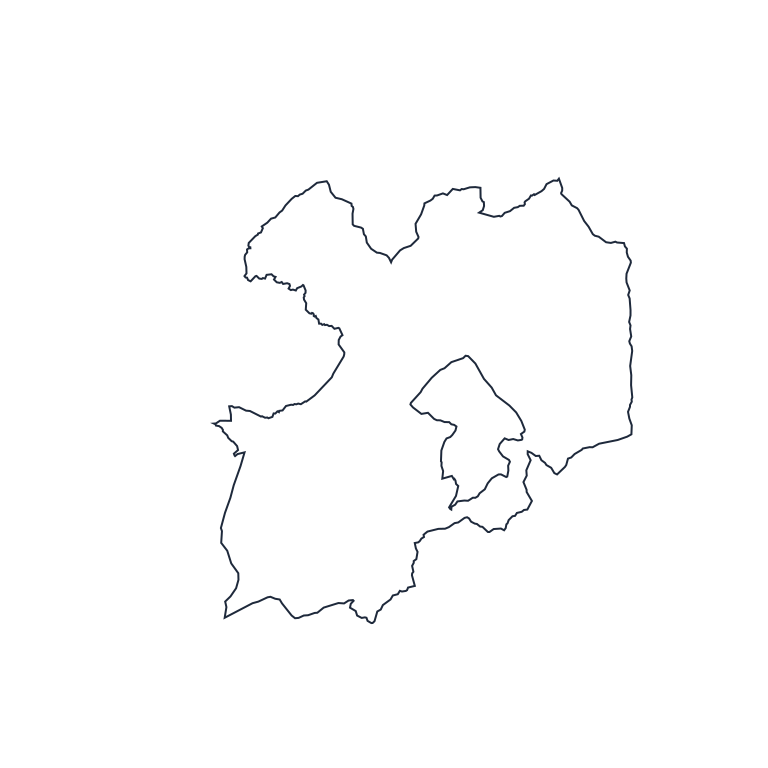 Mufindi, Iringa, United Republic of Tanzania, rotated 139°
{"feature_id": "72390352B52349151211707", "entity_name": "Mufindi", "entity_type": "district", "adm_level": 2, "iso_a3": "TZA", "parent_name": "United Republic of Tanzania", "parent_adm1": "Iringa", "projection": "orthographic", "projection_center": [35.243, -8.57], "detail": "fine", "context": "isolated", "style": "outline", "palette": "slate", "viewbox_px": 768, "rotation_deg": 139, "n_neighbors": 0, "source": "geoboundaries", "source_scale": "gbopen_adm2", "svg_char_len": 6167}
<svg xmlns="http://www.w3.org/2000/svg" viewBox="0 0 768 768"><g transform="rotate(139 384 384)"><path d="M230.3,183.7L224.1,190.3L221.5,197.0L218.1,202.9L213.3,205.4L212.1,206.8L208.6,208.1L207.4,209.9L205.4,211.0L198.3,221.0L191.6,228.4L186.4,236.1L175.0,246.1L172.4,250.0L171.9,253.2L170.8,255.4L166.2,257.7L162.2,264.1L159.5,266.5L158.3,270.0L153.0,274.0L149.5,278.0L142.5,287.4L141.3,291.0L137.2,293.4L134.3,301.5L132.0,304.6L128.6,308.1L118.1,313.6L116.9,315.3L116.4,320.0L114.5,324.0L111.9,326.8L111.9,329.8L110.4,332.9L115.3,337.9L116.0,339.6L120.2,341.6L123.4,345.3L125.3,354.3L127.6,357.6L128.1,360.1L126.4,368.5L126.0,375.7L122.9,387.8L122.9,390.0L125.1,395.6L124.3,399.8L125.5,410.9L125.1,411.9L122.7,413.0L120.9,415.0L117.3,424.2L119.9,423.7L122.6,426.4L130.2,428.2L135.2,426.2L138.6,426.2L146.3,427.8L146.3,428.8L148.8,429.1L149.4,429.9L153.0,428.7L157.5,429.2L158.7,428.9L159.7,427.3L161.6,426.9L164.6,429.4L167.0,429.7L170.2,431.6L175.5,431.8L180.6,434.0L184.8,433.4L186.3,434.1L186.7,435.3L191.4,438.1L199.8,450.9L195.4,450.4L191.7,452.7L189.3,455.8L189.9,457.2L188.9,461.2L182.5,468.8L185.9,472.7L190.2,476.1L196.1,478.7L197.5,480.2L199.6,480.3L204.1,486.1L212.4,485.2L214.5,489.2L220.3,491.5L222.2,493.0L225.7,491.8L228.6,492.0L235.0,493.8L236.5,492.3L244.7,487.7L255.1,484.2L259.8,477.8L261.5,472.3L262.7,471.4L273.2,470.8L279.9,473.6L284.2,474.3L296.3,472.5L298.8,471.2L297.5,476.0L297.6,479.4L301.1,485.6L303.2,487.8L305.0,494.5L304.2,502.0L300.9,507.3L300.9,510.2L298.1,515.0L298.7,517.1L302.8,523.0L302.9,525.0L296.0,533.2L292.2,536.2L291.3,538.0L291.6,539.6L290.2,541.5L294.6,551.1L298.4,556.4L298.1,564.0L294.8,570.5L294.2,574.6L302.6,579.8L313.5,580.3L316.1,581.3L320.6,581.0L323.3,582.2L325.7,582.2L327.6,584.1L332.2,584.3L341.2,583.4L347.1,581.7L350.3,582.0L356.8,581.0L360.8,582.9L366.2,582.3L372.9,583.1L373.2,581.1L377.4,579.1L380.3,580.2L381.2,579.5L384.1,580.0L393.5,579.2L395.6,577.4L395.9,575.7L395.2,574.9L395.8,574.1L397.2,575.2L399.1,575.4L400.9,573.1L404.0,572.6L405.5,571.6L407.3,569.7L411.1,562.7L415.2,557.7L418.5,557.0L418.6,555.2L417.6,554.1L418.4,551.6L417.3,549.0L410.3,549.7L409.3,549.2L409.0,545.4L407.3,543.5L405.9,543.4L404.6,541.6L401.0,543.4L396.9,540.6L396.7,537.8L395.6,536.0L398.5,535.0L398.2,531.1L396.3,528.7L394.3,528.1L394.5,525.7L391.0,523.6L389.8,521.5L390.6,519.7L393.4,518.6L392.7,516.0L390.8,515.0L389.2,512.4L386.7,513.3L382.3,511.8L380.2,511.9L380.0,511.3L381.8,506.0L383.4,504.3L385.7,503.9L386.3,502.4L387.8,502.0L389.0,500.1L389.7,496.0L394.3,491.4L393.9,486.3L392.7,484.7L391.7,484.9L391.2,484.1L391.3,482.7L392.4,481.4L392.1,480.4L390.9,480.1L391.7,478.1L391.2,475.7L393.4,472.1L391.9,470.8L391.8,469.1L389.9,468.4L389.9,467.2L388.2,466.1L387.4,463.7L385.4,462.2L385.2,458.2L381.6,456.3L381.2,455.3L383.3,448.1L385.7,448.3L389.3,446.9L392.3,443.6L393.2,433.9L394.4,432.6L396.4,431.2L415.4,425.1L419.0,423.3L443.8,420.9L454.2,421.7L454.9,422.6L460.0,423.3L461.6,425.5L463.5,426.2L464.7,427.6L466.3,427.8L467.7,429.3L472.4,431.7L477.9,430.6L480.7,432.5L481.8,431.7L482.4,433.3L485.4,433.0L486.6,434.2L489.8,432.4L493.7,434.0L494.0,435.2L495.9,436.6L497.2,439.7L498.2,440.1L502.9,451.6L505.6,454.4L508.6,461.6L512.4,464.3L513.3,467.1L515.5,468.7L519.6,461.4L523.6,456.6L531.9,463.9L536.7,464.5L538.3,465.7L537.6,464.1L538.1,462.9L536.1,460.4L535.3,457.4L535.7,455.0L536.7,454.0L536.0,448.1L536.9,445.6L536.5,440.8L535.6,439.4L535.6,433.5L537.5,429.9L543.0,429.9L543.7,428.0L543.7,427.3L540.5,427.2L534.1,423.9L546.1,416.2L563.8,406.2L574.6,398.9L588.5,391.1L601.6,382.3L602.8,379.3L611.1,370.9L611.7,361.0L617.0,348.8L618.1,336.8L622.3,331.7L629.6,326.9L639.2,324.4L646.6,324.0L649.3,319.0L657.6,312.1L627.0,304.8L621.6,302.2L611.8,299.4L609.3,297.9L607.0,293.3L604.1,289.8L604.9,285.4L605.6,269.9L604.8,265.6L601.9,263.5L596.4,261.9L593.0,259.3L586.5,256.7L584.4,255.1L576.2,254.8L562.1,248.6L558.1,244.6L552.7,243.8L549.2,241.3L549.2,240.3L553.3,239.9L556.4,237.5L554.3,231.2L556.2,226.9L554.3,222.1L551.5,220.4L550.6,219.1L551.8,216.0L550.4,211.9L549.4,211.1L546.8,211.2L538.3,216.7L534.4,215.9L529.9,217.9L520.4,217.1L516.1,218.6L511.5,216.3L507.7,217.5L506.6,215.6L503.3,213.5L501.8,213.3L499.4,214.6L493.2,211.4L488.4,221.3L487.0,222.6L485.0,223.0L482.1,228.3L478.9,229.5L477.7,230.9L474.5,230.6L468.8,235.3L467.8,239.0L465.1,243.8L462.0,242.0L460.0,242.0L457.2,242.8L454.2,242.3L453.0,244.3L448.0,244.1L438.0,239.0L432.8,234.7L428.9,233.4L422.0,232.7L418.8,230.8L411.0,230.1L408.7,228.9L408.0,226.7L408.6,223.0L407.1,219.1L405.7,217.4L405.0,213.4L403.4,211.6L402.7,204.2L401.5,203.1L396.4,202.6L390.6,198.2L389.3,194.8L386.7,195.4L383.7,197.8L382.2,197.8L379.2,199.5L373.8,199.9L371.6,198.5L368.3,199.5L363.9,197.2L361.0,197.1L358.2,195.2L349.1,198.7L347.2,208.9L345.8,210.6L343.1,218.5L336.4,221.2L333.2,225.5L323.3,230.3L321.6,236.8L319.7,238.9L317.9,235.3L316.7,230.1L313.9,228.0L315.2,223.2L314.2,218.8L314.6,216.3L312.8,211.1L313.9,205.0L312.7,202.2L301.9,202.7L299.6,203.3L294.1,207.0L290.9,205.7L286.1,206.1L278.0,204.6L276.3,204.9L270.2,201.4L268.1,199.4L260.8,197.8L244.3,188.4L235.0,184.7L230.3,183.7ZM356.9,240.6L364.5,242.1L370.9,241.0L377.0,238.4L383.5,238.8L386.9,237.7L389.7,238.2L391.6,239.9L397.1,240.7L399.9,243.4L405.6,247.2L409.5,246.2L413.6,247.1L415.6,245.1L416.0,246.3L415.8,248.2L403.1,252.3L394.9,258.3L395.2,261.3L393.4,264.3L393.1,266.3L393.8,266.3L393.1,270.1L402.1,274.3L396.5,279.5L394.4,284.5L391.9,287.1L391.7,288.3L384.3,296.2L376.4,300.7L372.5,301.9L368.8,300.5L366.0,300.7L360.6,302.0L357.2,304.4L357.9,307.2L359.6,309.4L359.8,312.4L363.3,315.6L365.3,319.6L367.9,322.0L369.1,324.8L369.7,333.4L375.4,336.9L377.5,347.3L377.5,351.2L376.1,352.1L361.7,353.8L358.0,355.2L343.9,357.4L332.3,357.7L328.0,356.2L318.8,356.3L307.3,351.6L303.9,351.8L302.2,349.8L301.6,339.5L305.2,322.3L305.1,310.6L306.9,302.0L303.5,285.5L302.9,275.8L304.6,266.0L307.7,257.2L309.3,256.0L313.5,256.4L314.6,252.8L316.1,251.5L317.0,251.7L320.0,253.6L322.6,257.7L326.7,260.0L328.6,263.8L336.0,262.8L340.7,260.0L341.3,257.6L341.7,251.3L339.5,244.7L340.0,242.7L343.9,240.9L346.9,237.1L351.7,233.3L352.8,233.6L355.0,239.0L356.9,240.6Z" fill="none" stroke="#1e293b" stroke-width="2"/></g></svg>